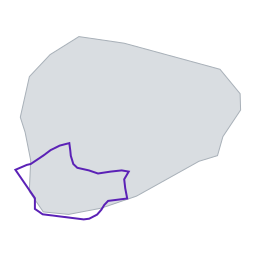 Andorra, with Sant Julià de Lòria highlighted
{"feature_id": "AND-4882", "entity_name": "Sant Julià de Lòria", "entity_type": "state/province", "adm_level": 1, "iso_a3": "AND", "parent_name": "Andorra", "parent_adm1": "", "projection": "natural_earth1", "projection_center": [1.502, 42.473], "detail": "fine", "context": "in_parent", "style": "outline", "palette": "violet", "viewbox_px": 256, "rotation_deg": 0, "n_neighbors": 0, "source": "natural_earth", "source_scale": "10m", "svg_char_len": 730}
<svg xmlns="http://www.w3.org/2000/svg" viewBox="0 0 256 256"><path d="M217.5,155.6L198.9,161.3L136.5,196.1L101.0,208.2L68.6,214.4L43.3,211.9L29.3,191.5L30.7,160.3L25.1,132.2L20.3,117.2L29.4,76.6L50.1,54.6L78.9,36.6L124.1,43.2L220.0,69.3L240.1,93.7L240.6,110.0L222.9,136.6L217.5,155.6Z" fill="#d9dde1" stroke="#a8b0b8" stroke-width="1"/><path d="M83.7,219.4L42.7,214.3L34.9,208.9L34.9,198.2L15.4,169.8L26.8,164.9L30.7,164.0L44.1,155.0L50.6,150.1L59.7,145.6L69.3,143.1L70.3,150.7L70.8,155.8L73.3,164.0L77.3,167.8L88.9,170.4L98.0,173.5L110.6,171.6L121.7,170.4L128.7,171.6L124.2,179.3L125.2,188.1L127.2,198.5L108.1,200.9L104.3,204.9L101.3,209.8L97.1,214.6L89.2,218.7L83.7,219.4Z" fill="none" stroke="#5b21b6" stroke-width="2"/></svg>